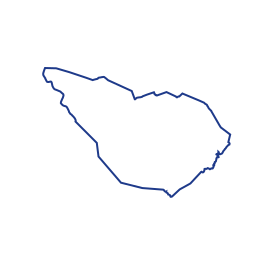 outline of Yocon, Olancho, Honduras, rotated 23°
{"feature_id": "27666195B97236146307678", "entity_name": "Yocon", "entity_type": "district", "adm_level": 2, "iso_a3": "HND", "parent_name": "Honduras", "parent_adm1": "Olancho", "projection": "natural_earth1", "projection_center": [-86.786, 14.955], "detail": "fine", "context": "isolated", "style": "outline", "palette": "blue", "viewbox_px": 256, "rotation_deg": 23, "n_neighbors": 0, "source": "geoboundaries", "source_scale": "gbopen_adm2", "svg_char_len": 4986}
<svg xmlns="http://www.w3.org/2000/svg" viewBox="0 0 256 256"><g transform="rotate(23 128 128)"><path d="M77.2,142.6L105.1,153.9L112.0,165.8L142.9,181.1L164.6,177.7L184.2,171.1L184.6,171.0L185.2,171.1L185.9,171.5L186.0,171.6L186.6,171.9L187.4,171.9L187.9,171.9L188.1,171.6L188.2,171.9L188.3,172.1L188.4,172.3L188.6,172.4L188.8,172.4L189.2,172.4L189.7,172.5L190.0,172.5L190.3,172.7L190.6,173.1L190.8,173.3L191.0,173.5L191.6,173.4L192.4,173.4L192.7,173.4L193.0,173.5L193.3,173.7L193.3,173.8L193.4,174.0L193.5,174.1L193.6,174.3L193.9,174.5L194.0,174.6L194.4,174.6L194.5,174.5L194.8,174.3L195.0,174.1L195.3,173.9L199.6,164.3L207.1,154.7L212.3,140.4L212.3,140.2L212.9,139.5L213.2,139.6L213.5,139.7L213.8,139.7L214.1,139.7L214.4,139.5L214.6,139.3L214.7,139.1L214.8,138.9L214.8,138.5L214.9,138.1L214.9,137.6L214.8,137.4L214.8,137.1L214.8,136.8L214.6,136.4L214.6,136.0L214.5,135.8L214.6,135.7L214.8,135.5L215.0,135.4L215.3,135.3L215.6,135.2L215.9,135.1L216.1,135.0L216.3,134.9L216.5,134.7L216.8,134.1L216.9,133.9L217.0,133.9L217.8,133.7L218.2,133.7L218.5,133.8L218.9,133.9L219.2,134.0L219.3,134.0L219.5,134.0L219.6,133.9L219.8,133.6L220.0,133.4L220.2,133.0L220.4,132.8L220.5,132.6L221.2,132.3L221.3,132.4L221.5,132.3L221.7,132.2L221.8,132.0L221.8,131.9L221.8,131.4L221.9,130.7L221.9,130.4L221.9,130.2L221.2,129.3L221.2,129.1L221.1,128.9L221.3,128.8L221.9,128.6L221.9,128.3L221.8,128.1L221.2,127.4L221.2,127.2L221.3,126.9L221.5,126.7L221.6,126.4L221.5,126.2L221.4,126.0L221.2,125.7L221.2,125.4L221.3,125.3L221.4,125.1L221.5,125.0L221.7,124.9L221.8,124.6L221.9,124.4L221.8,123.8L221.6,122.6L221.5,122.0L221.3,121.7L221.3,121.1L221.3,120.5L221.3,120.2L221.5,120.0L221.8,120.0L222.2,119.9L222.5,119.7L222.8,119.4L222.7,119.2L222.2,119.0L222.1,118.9L221.7,118.5L221.6,118.2L221.3,118.0L221.1,117.9L220.8,117.9L220.4,117.9L220.0,117.9L219.9,117.9L219.7,117.8L219.7,117.6L219.7,117.4L219.8,117.3L220.0,117.2L220.3,116.9L220.5,116.7L220.7,116.4L220.8,116.2L220.9,115.9L220.6,114.8L220.5,114.6L220.8,114.7L221.1,115.0L221.4,115.4L221.8,116.0L222.0,116.4L222.2,116.5L222.3,116.5L222.5,116.5L223.3,116.0L223.6,115.6L224.2,115.1L224.3,114.9L224.5,114.7L224.6,114.4L224.6,114.2L224.8,112.2L224.8,111.8L224.9,111.5L225.0,111.3L225.2,110.7L225.4,110.0L225.4,109.8L225.4,109.5L225.5,109.4L225.6,109.2L225.7,108.9L225.9,108.5L225.9,108.2L226.0,107.4L226.2,106.7L226.3,106.5L226.4,106.2L226.9,104.8L227.1,104.4L227.4,104.0L227.6,103.7L227.8,103.6L227.8,103.4L227.7,103.0L227.6,102.6L227.4,102.4L226.9,102.1L226.4,101.9L225.9,101.8L224.6,94.1L213.2,91.2L211.3,89.9L197.9,79.8L197.8,79.6L197.6,79.6L197.1,79.4L196.2,79.0L195.2,78.6L194.5,78.2L194.3,78.1L194.0,77.8L193.1,77.0L192.9,76.9L192.7,76.9L192.4,76.7L192.2,76.4L191.9,76.2L191.6,75.9L191.4,75.8L191.2,75.8L191.0,75.7L189.6,75.6L189.4,75.5L189.1,75.4L188.7,75.2L188.4,75.1L188.2,75.0L182.7,74.9L164.6,75.0L162.9,78.9L162.5,79.0L162.3,79.1L161.6,79.9L161.4,80.4L160.9,80.7L160.6,80.7L160.3,80.5L159.9,80.3L149.4,79.9L142.0,86.7L141.9,86.7L141.8,86.8L141.6,86.8L141.3,86.6L141.2,86.6L140.9,86.7L140.8,86.9L140.7,86.9L140.4,86.9L140.1,86.7L139.8,86.5L139.7,86.4L139.2,86.3L139.1,86.2L138.9,86.2L138.3,85.3L138.1,85.2L137.9,85.0L132.4,89.9L129.1,93.1L129.0,93.4L128.9,93.6L128.6,93.9L127.9,94.5L127.5,94.8L126.8,95.2L126.2,95.5L125.1,96.2L124.6,96.5L124.3,96.8L123.8,97.6L123.6,98.3L123.3,98.8L123.0,98.9L117.0,92.5L91.0,91.8L88.2,90.9L86.2,90.4L85.7,90.5L85.2,90.7L84.6,91.1L83.9,91.5L83.1,92.1L82.1,92.7L81.2,93.3L80.8,94.5L80.5,94.8L79.7,95.4L79.1,95.8L78.5,96.3L77.8,96.8L76.8,97.7L74.8,97.8L70.0,98.1L52.3,99.5L38.6,101.1L28.2,105.2L28.2,105.8L28.3,107.9L28.4,109.1L28.5,109.8L28.5,110.2L28.6,110.6L28.7,111.1L28.9,111.5L29.1,111.9L29.2,112.1L29.3,112.2L29.5,112.5L29.8,112.8L30.0,112.9L30.3,113.1L32.2,114.4L32.4,114.5L32.6,114.9L32.9,115.1L33.7,115.8L34.8,116.7L35.1,116.9L35.3,117.0L35.5,117.1L36.0,117.0L36.4,116.9L36.9,116.7L38.0,115.9L38.7,115.5L38.8,115.4L39.0,115.4L39.3,115.5L39.5,115.6L39.8,115.8L40.0,116.0L40.5,116.7L41.6,118.2L41.9,118.7L42.2,119.0L42.9,119.6L43.7,120.2L44.1,120.5L44.5,120.7L44.8,120.8L45.1,120.9L45.7,121.0L46.0,121.0L47.1,120.9L48.6,120.9L50.8,120.9L51.6,120.9L51.8,121.0L52.5,121.3L53.7,121.7L53.9,121.8L54.2,121.8L54.5,121.9L54.7,122.0L55.0,122.1L55.3,122.3L55.4,122.5L55.6,122.7L55.8,123.0L55.9,123.3L56.0,123.5L56.0,123.8L56.1,124.5L56.2,125.7L56.1,126.9L56.1,128.5L56.1,129.1L56.1,129.5L56.1,130.0L56.3,130.8L56.4,131.1L56.5,131.4L56.6,131.5L56.8,131.6L57.0,131.7L58.1,132.1L58.3,132.2L58.6,132.4L58.8,132.5L59.0,132.5L59.8,132.6L60.3,132.6L60.7,132.6L61.1,132.6L61.6,132.4L61.8,132.4L62.0,132.4L62.3,132.4L62.6,132.4L62.8,132.4L63.2,132.5L63.5,132.7L63.8,132.9L64.5,133.4L65.2,134.0L65.8,134.5L66.8,135.4L67.1,135.7L67.4,136.2L67.5,136.3L68.5,136.9L69.6,137.6L69.8,137.6L70.4,137.7L70.7,137.7L71.1,137.9L71.8,138.3L73.2,138.8L73.7,139.1L74.7,139.6L75.2,139.9L75.7,140.3L76.2,140.7L76.4,140.9L76.8,141.4L76.9,141.6L77.0,141.8L77.2,142.1L77.2,142.3L77.2,142.6Z" fill="none" stroke="#1e3a8a" stroke-width="2"/></g></svg>